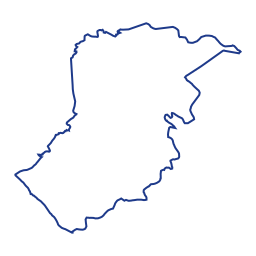 Abu Hummus, Al Buhayrah, Egypt
{"feature_id": "37247803B15817250169024", "entity_name": "Abu Hummus", "entity_type": "district", "adm_level": 2, "iso_a3": "EGY", "parent_name": "Egypt", "parent_adm1": "Al Buhayrah", "projection": "robinson", "projection_center": [30.325, 31.106], "detail": "fine", "context": "isolated", "style": "outline", "palette": "blue", "viewbox_px": 256, "rotation_deg": 0, "n_neighbors": 0, "source": "geoboundaries", "source_scale": "gbopen_adm2", "svg_char_len": 5767}
<svg xmlns="http://www.w3.org/2000/svg" viewBox="0 0 256 256"><path d="M72.6,232.6L72.4,231.6L73.5,230.9L75.1,229.8L76.8,229.0L78.9,229.4L80.9,229.6L82.8,229.7L84.6,229.1L85.3,228.6L85.5,228.2L86.1,227.0L86.4,226.5L86.4,226.3L85.9,222.6L85.6,219.4L86.4,218.0L86.6,217.6L87.4,217.7L88.3,217.7L89.1,217.8L89.6,217.9L90.6,217.8L93.3,217.9L95.5,218.4L98.0,218.3L100.4,217.5L101.8,216.8L102.0,216.7L103.5,215.4L104.7,213.8L107.1,211.3L108.3,210.3L111.2,209.0L113.0,208.6L114.6,205.1L115.1,203.6L115.5,202.9L116.2,201.9L117.0,200.9L117.5,200.4L119.7,199.4L121.2,198.5L124.4,200.7L125.3,200.2L126.0,199.9L127.7,200.5L128.7,200.8L131.0,200.6L132.6,200.3L134.5,200.1L137.0,199.7L140.1,199.7L141.4,199.7L143.9,200.1L145.2,200.0L146.5,199.7L146.5,198.9L146.5,197.8L146.1,196.6L145.2,195.5L144.6,194.4L144.3,193.1L143.7,192.4L143.7,192.1L143.6,191.2L143.8,190.0L144.4,189.3L145.1,188.8L146.2,187.9L147.1,187.3L148.5,186.4L148.7,186.5L149.9,185.4L150.2,184.8L150.6,184.6L151.0,184.2L153.6,184.0L155.4,183.5L157.2,182.7L159.2,181.4L159.6,180.9L159.9,180.3L160.3,179.7L160.4,179.2L160.4,178.6L160.8,178.1L160.7,177.5L160.7,177.1L160.7,175.7L160.6,173.9L160.8,172.8L160.8,172.3L161.0,170.9L161.5,170.5L163.3,169.8L163.9,169.8L164.2,169.9L164.5,169.0L165.4,168.0L165.6,167.9L165.8,167.9L166.4,167.5L167.6,167.7L168.8,167.6L169.3,167.9L170.8,169.0L172.2,168.6L172.3,167.2L171.9,166.7L171.7,165.3L171.3,163.3L171.1,163.0L171.1,162.7L170.8,162.0L170.4,161.0L170.5,160.6L172.7,159.4L173.2,159.3L174.6,159.5L176.1,159.0L177.0,158.8L178.1,158.5L179.0,157.4L179.2,156.7L179.1,154.9L179.1,154.7L179.0,153.4L178.2,151.9L176.2,149.1L175.5,148.1L174.6,146.3L174.2,145.2L173.6,144.0L173.1,142.1L172.8,140.6L172.2,139.4L171.1,138.3L170.1,137.8L169.7,137.5L169.0,137.3L168.2,137.1L168.0,134.4L168.3,131.9L168.8,129.6L169.2,127.8L170.3,127.0L175.1,128.0L174.8,127.6L174.4,126.8L173.8,126.1L173.0,125.5L172.3,124.7L171.1,123.8L170.0,123.2L168.9,122.6L168.1,122.0L167.3,121.3L166.9,120.7L166.5,120.9L166.0,120.4L165.3,119.5L164.7,117.6L164.7,117.1L165.1,115.9L165.6,114.9L166.6,114.8L167.1,114.6L167.5,114.9L167.8,115.2L168.0,115.3L168.8,116.1L169.1,116.4L170.3,117.7L170.7,117.9L171.8,117.3L172.3,116.2L172.0,115.3L171.8,113.5L172.0,113.0L172.7,113.1L173.8,113.5L174.6,114.0L176.1,115.1L177.5,115.9L178.1,116.4L181.0,117.8L181.5,118.0L182.0,118.3L182.6,119.0L183.0,119.7L183.2,120.1L183.5,120.9L184.0,122.0L184.4,122.7L184.8,123.2L187.9,123.2L194.1,119.3L193.8,117.5L193.4,116.6L192.0,114.5L190.6,111.4L190.4,110.8L190.2,109.8L190.8,108.0L191.0,106.8L192.2,104.5L199.2,95.1L199.5,93.8L199.6,93.3L199.7,92.7L199.2,91.5L198.8,90.7L196.9,89.0L194.2,86.5L192.5,84.7L192.0,83.9L190.8,83.0L189.3,81.7L189.1,81.6L188.5,81.3L188.2,81.0L187.8,80.9L187.2,80.3L186.9,80.2L185.9,78.3L185.0,77.3L186.3,75.8L187.7,75.0L201.4,66.1L221.5,51.8L222.7,50.9L223.6,50.6L224.0,50.5L224.7,50.8L238.9,53.3L239.0,53.0L240.6,51.7L239.8,50.8L237.7,49.9L237.1,49.2L236.4,48.3L234.9,46.7L234.2,46.0L233.1,45.6L232.6,45.4L231.9,45.9L229.5,46.1L229.1,46.1L225.2,46.4L223.4,45.8L223.1,45.6L221.1,44.2L220.3,43.5L219.4,42.5L218.1,40.9L217.2,40.0L216.4,39.0L216.1,38.8L215.8,38.3L214.9,37.4L213.8,37.0L211.8,36.0L210.1,35.8L209.8,35.7L208.2,35.6L205.8,35.6L201.3,37.0L199.2,39.3L198.5,39.9L197.1,41.2L192.9,42.8L191.1,42.8L189.7,42.6L189.3,42.5L188.2,42.3L187.0,39.7L185.4,37.5L182.0,37.1L181.3,37.0L180.8,37.0L179.7,37.1L179.0,36.0L178.3,30.4L177.0,29.1L175.4,28.0L175.1,27.8L172.9,26.9L155.8,29.0L154.8,28.8L153.5,28.4L152.9,28.1L152.7,28.0L151.5,27.3L150.7,26.8L149.7,25.2L148.3,24.1L147.8,23.9L146.2,23.3L128.6,29.4L123.0,29.7L121.1,29.6L120.2,29.6L120.0,29.8L118.1,30.8L117.6,31.4L117.7,31.8L118.8,30.8L118.6,31.7L120.2,32.8L117.8,33.6L117.6,34.3L116.1,34.6L116.3,35.5L115.2,36.5L112.8,35.6L111.6,34.8L106.0,31.9L105.1,32.9L103.7,32.5L103.6,31.3L102.6,29.8L101.4,30.4L100.7,30.0L99.5,30.0L97.6,31.0L97.3,31.8L97.5,33.1L97.8,34.8L98.0,36.1L97.6,36.9L96.2,36.8L95.2,36.6L94.6,36.7L92.0,36.5L90.5,36.0L87.8,34.3L85.3,35.5L84.8,35.9L84.6,36.6L84.5,40.2L82.8,41.2L81.5,41.5L80.4,41.9L79.2,43.4L76.6,44.0L75.6,45.0L76.1,46.0L76.7,46.6L77.3,47.0L75.9,48.6L75.0,49.3L74.7,51.3L76.4,51.4L76.5,52.4L75.6,53.6L74.0,54.5L73.1,55.6L72.6,57.4L71.0,58.3L71.0,59.0L72.6,84.9L72.7,87.1L72.8,89.3L73.4,93.6L75.2,101.4L74.6,106.0L73.2,110.6L73.4,111.8L74.0,112.6L74.8,113.2L75.6,113.7L76.5,114.0L76.4,114.4L75.4,115.0L74.5,115.8L73.3,117.6L70.7,119.2L66.9,122.5L66.7,123.7L67.8,124.9L69.3,125.2L69.9,126.0L70.3,126.8L70.1,127.6L69.3,128.8L68.8,129.9L68.9,130.4L68.5,130.2L67.5,130.5L66.5,130.0L65.7,131.2L65.0,131.0L64.2,132.1L63.6,132.4L63.4,132.9L62.4,133.2L60.5,132.8L59.7,133.1L58.8,133.1L58.6,134.2L56.7,134.8L56.1,135.3L55.7,135.1L54.9,137.2L54.0,138.6L52.3,140.6L51.3,142.2L50.7,143.2L50.2,143.6L49.9,144.0L48.0,145.9L47.8,146.3L48.6,147.8L49.2,148.9L49.4,149.4L49.9,150.4L49.9,151.0L49.4,151.6L48.9,151.7L48.2,151.4L46.1,151.4L44.8,152.0L44.3,152.6L43.0,153.5L42.6,153.7L42.8,154.1L42.7,154.5L41.3,155.0L39.7,154.7L38.4,154.6L38.8,155.3L41.0,156.9L41.7,157.1L40.6,158.1L37.4,162.1L37.0,162.5L36.6,163.0L36.0,163.9L35.2,164.7L34.4,165.2L32.6,167.1L31.7,167.9L27.6,169.7L26.6,170.0L25.2,170.1L23.5,170.3L22.3,170.7L20.8,171.2L19.8,171.6L15.4,174.5L15.5,175.4L18.7,178.3L20.0,179.5L21.8,181.4L23.3,182.5L25.4,185.3L26.2,186.2L27.9,187.8L28.6,189.0L29.2,190.5L29.9,191.3L30.2,192.5L30.5,193.0L30.5,193.4L30.6,194.0L30.9,194.1L31.2,193.9L31.7,194.1L32.2,194.4L32.8,195.1L32.9,195.3L33.2,195.5L33.7,195.7L34.0,195.7L35.3,196.9L36.6,197.8L37.1,198.6L38.4,199.6L40.9,201.3L42.3,202.8L42.5,203.0L43.7,204.2L44.8,205.4L46.1,207.3L47.2,208.9L50.1,213.2L51.3,214.1L52.1,215.4L54.1,217.0L55.2,218.5L56.6,220.9L57.7,223.2L58.1,224.5L58.9,225.5L61.7,227.8L63.6,228.6L65.4,229.2L72.1,232.7L72.6,232.6Z" fill="none" stroke="#1e3a8a" stroke-width="2"/></svg>